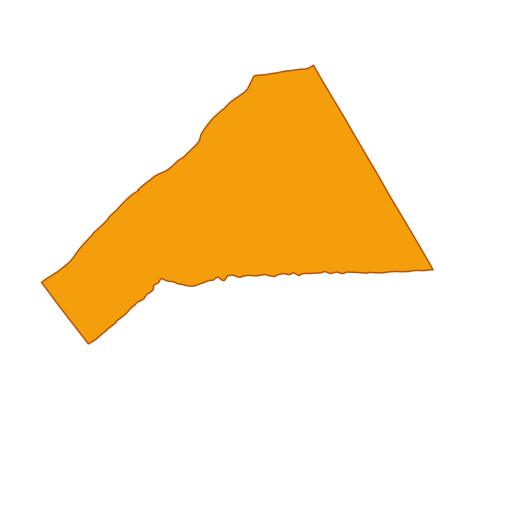 outline of Ratchathewi, Bangkok Metropolis, Thailand, rotated 133°
{"feature_id": "78962969B82033887386179", "entity_name": "Ratchathewi", "entity_type": "district", "adm_level": 2, "iso_a3": "THA", "parent_name": "Thailand", "parent_adm1": "Bangkok Metropolis", "projection": "equal_earth", "projection_center": [100.542, 13.761], "detail": "fine", "context": "isolated", "style": "filled", "palette": "amber", "viewbox_px": 512, "rotation_deg": 133, "n_neighbors": 0, "source": "geoboundaries", "source_scale": "gbopen_adm2", "svg_char_len": 5306}
<svg xmlns="http://www.w3.org/2000/svg" viewBox="0 0 512 512"><g transform="rotate(133 256 256)"><path d="M266.6,239.2L263.8,237.3L263.4,237.0L263.2,236.6L262.6,235.0L261.1,232.4L260.3,231.2L258.6,228.6L258.5,228.4L258.4,228.4L258.3,228.2L258.1,228.2L257.1,228.1L256.5,227.9L256.4,227.9L256.2,227.8L255.7,227.6L253.2,226.2L252.5,225.8L252.2,225.7L251.6,225.3L250.7,224.4L250.2,224.0L249.8,223.4L248.9,222.1L248.0,220.4L247.8,220.0L247.6,219.7L247.4,219.4L247.2,219.2L246.6,218.8L246.5,218.7L243.8,217.7L243.0,217.4L242.8,217.3L242.7,217.2L242.5,216.9L242.4,216.6L242.2,215.8L242.0,214.7L241.4,212.4L241.3,212.1L241.2,212.0L240.9,211.4L240.7,211.1L240.5,210.9L240.3,210.8L240.2,210.8L239.9,210.7L238.3,210.4L237.9,210.3L237.7,210.2L235.4,208.3L234.1,207.0L232.2,204.8L232.0,204.6L230.6,203.4L227.1,200.0L226.6,199.6L225.6,198.5L225.1,197.9L224.6,197.5L223.2,196.6L222.7,196.3L221.3,195.7L220.8,195.4L220.7,195.4L220.5,195.1L220.3,194.8L218.0,189.7L217.5,189.0L217.4,188.8L217.2,188.7L216.7,188.5L215.9,188.2L214.7,187.5L213.1,186.4L212.9,186.3L212.7,186.1L212.5,185.8L212.4,185.6L212.2,185.2L211.6,184.1L210.9,182.2L210.8,181.8L210.7,181.6L210.4,181.4L210.1,181.1L208.6,179.9L207.3,179.3L206.8,179.2L206.1,178.8L205.4,178.2L204.5,177.1L203.9,176.4L200.1,172.1L195.2,166.0L193.2,163.6L193.0,163.4L192.8,163.3L192.4,163.0L190.4,161.6L190.2,161.4L189.9,161.1L186.8,157.1L183.3,153.3L182.5,152.5L181.8,151.9L178.2,148.9L176.3,147.4L172.7,143.9L171.1,142.3L168.6,139.2L167.7,138.3L166.5,137.1L165.2,136.1L164.9,135.6L164.5,135.0L164.1,134.4L163.9,134.2L162.4,133.4L162.0,133.0L159.1,130.6L158.1,129.7L157.2,128.9L156.4,128.0L153.2,124.3L151.7,122.8L150.0,121.5L148.7,120.4L146.9,118.7L146.0,117.8L145.4,117.2L145.1,118.0L143.1,123.7L142.2,126.9L140.9,131.3L139.6,135.5L138.5,139.3L137.1,143.6L135.8,148.3L133.2,156.7L131.9,161.3L129.3,169.9L127.1,177.6L121.4,197.4L116.8,212.0L112.2,226.8L107.3,243.5L102.2,260.5L98.6,272.5L94.9,284.3L91.0,298.0L89.8,302.2L87.3,310.9L82.7,326.5L77.4,344.0L79.9,344.7L82.0,345.4L83.2,345.9L83.5,346.1L84.7,346.8L85.2,347.1L86.3,348.0L86.6,348.2L86.7,348.3L87.2,348.8L87.6,349.1L88.2,350.0L88.5,350.4L89.5,351.2L90.2,351.8L92.1,353.3L98.2,358.2L99.2,359.3L101.2,360.9L104.2,363.1L107.0,365.0L107.7,365.5L111.7,368.8L114.1,370.5L118.2,373.7L118.5,374.0L119.0,374.7L121.2,376.5L121.5,376.8L123.4,378.8L124.0,379.3L124.4,379.6L124.9,379.9L125.1,379.9L125.6,380.0L125.9,380.0L126.5,380.0L126.9,379.9L129.2,379.2L131.9,378.4L134.1,377.8L136.0,377.1L138.4,376.5L139.6,376.2L140.4,376.1L142.2,376.1L143.9,376.1L144.3,376.1L144.7,376.2L148.2,377.0L152.3,377.9L159.4,379.4L162.5,379.8L166.7,379.8L169.5,379.8L172.6,380.4L183.7,381.4L188.8,381.3L192.4,380.9L195.9,380.6L200.8,379.9L205.1,378.9L205.5,378.6L205.8,378.4L208.8,376.8L209.6,376.5L210.6,376.2L212.5,375.8L213.4,375.6L215.6,375.6L220.6,375.8L221.6,375.9L231.4,376.3L232.2,376.3L232.8,376.4L234.2,376.7L238.7,377.9L238.9,378.0L239.8,378.1L241.1,378.2L247.0,378.5L247.7,378.6L251.7,379.1L253.3,379.4L254.8,379.8L255.1,379.9L260.3,382.1L263.1,383.4L263.5,383.5L264.3,383.6L264.5,383.6L264.9,383.8L266.0,384.3L266.6,384.4L267.0,384.6L270.2,385.0L270.4,385.0L270.7,385.0L271.3,385.1L277.6,386.2L279.5,386.5L280.2,386.6L286.3,387.3L287.7,387.5L287.7,387.3L287.8,386.7L290.7,387.2L292.9,388.0L294.9,388.4L298.0,388.8L304.5,389.3L306.0,389.3L309.7,389.4L314.0,389.4L317.3,389.3L318.5,389.4L319.4,389.5L327.5,390.0L327.8,389.9L328.8,389.8L329.9,389.5L331.5,389.4L332.7,389.5L335.3,389.5L336.4,389.5L338.3,389.6L342.1,389.9L350.1,390.6L350.7,390.5L351.1,390.4L352.1,390.2L353.0,390.2L363.9,390.2L371.2,390.0L371.8,389.9L373.5,389.7L375.5,389.4L376.9,389.3L379.0,388.9L380.1,388.7L381.0,388.6L381.7,388.6L383.8,388.4L386.5,388.2L387.3,388.2L393.9,389.0L395.2,389.2L398.7,389.7L402.9,390.4L417.3,394.2L420.0,394.6L421.6,394.8L423.0,386.9L426.6,367.4L434.6,318.8L434.3,318.8L431.0,317.5L428.7,316.9L426.1,316.2L425.9,316.2L417.9,315.4L416.8,315.3L413.3,314.7L410.3,314.7L406.8,314.0L402.4,313.4L399.7,313.2L399.1,313.4L398.9,313.6L397.5,313.5L394.1,312.8L393.9,312.8L390.8,312.2L386.2,311.7L385.6,311.8L380.2,311.9L379.1,312.0L375.0,311.3L373.9,311.1L372.4,311.3L371.1,311.4L366.3,309.5L364.1,309.0L363.1,309.0L360.2,309.5L359.4,309.6L358.1,309.6L357.6,309.5L356.6,309.2L356.1,308.9L352.6,308.3L351.4,308.2L351.0,308.3L349.4,308.9L349.0,309.2L348.8,309.5L348.4,310.1L348.3,310.3L348.0,310.5L347.9,310.6L347.7,310.7L347.3,310.7L346.6,310.6L345.9,310.4L345.6,310.3L344.3,309.8L342.5,309.2L341.9,309.2L341.3,309.2L340.1,309.5L339.2,309.8L338.4,310.0L337.8,310.0L337.4,309.9L337.1,309.8L337.0,309.7L336.8,309.4L336.7,309.2L336.1,307.4L334.3,302.9L331.2,298.9L329.7,294.6L329.6,294.4L328.7,292.8L327.5,291.2L326.7,289.7L326.5,289.3L325.3,287.2L324.2,285.5L323.9,285.0L323.3,284.2L322.3,282.9L321.0,281.5L320.2,280.9L318.7,279.9L314.7,278.1L314.4,277.9L313.5,277.3L311.3,276.2L306.8,274.1L305.2,273.0L304.0,271.7L302.9,270.9L301.9,270.6L300.5,270.6L297.7,269.7L297.2,268.9L297.0,267.0L296.7,264.3L296.5,263.8L296.3,263.3L296.2,263.1L295.9,262.8L295.4,262.5L295.3,262.4L294.9,262.4L291.4,263.1L290.7,263.0L289.9,262.9L287.6,261.8L286.9,261.1L285.9,260.0L285.6,259.6L285.5,259.2L285.3,258.9L284.0,255.6L282.7,253.5L282.1,252.9L278.6,251.0L276.4,249.3L275.2,248.3L270.7,242.6L266.6,239.2Z" fill="#f59e0b" stroke="#b45309" stroke-width="1.5"/></g></svg>